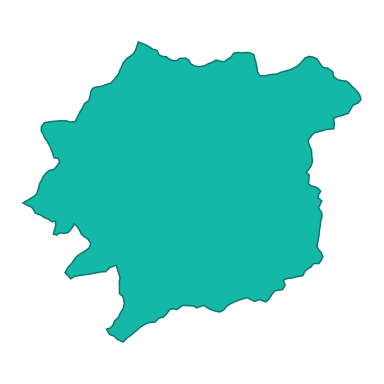 outline of Camanducaia, Minas Gerais, Brazil
{"feature_id": "56859067B71206053362122", "entity_name": "Camanducaia", "entity_type": "district", "adm_level": 2, "iso_a3": "BRA", "parent_name": "Brazil", "parent_adm1": "Minas Gerais", "projection": "albers", "projection_center": [-46.078, -22.797], "detail": "fine", "context": "isolated", "style": "filled", "palette": "teal", "viewbox_px": 384, "rotation_deg": 0, "n_neighbors": 0, "source": "geoboundaries", "source_scale": "gbopen_adm2", "svg_char_len": 3291}
<svg xmlns="http://www.w3.org/2000/svg" viewBox="0 0 384 384"><path d="M216.2,60.0L212.6,62.1L208.5,63.6L204.3,65.9L199.6,66.6L195.1,66.2L190.5,63.6L188.8,60.0L185.4,58.1L180.0,58.4L176.2,60.8L172.5,60.5L168.8,58.8L166.3,56.7L162.9,56.5L159.3,55.2L157.2,50.5L152.2,49.0L149.4,46.9L146.2,45.1L142.4,43.6L138.4,41.9L137.0,45.8L135.6,50.1L133.6,53.5L131.0,55.7L126.9,58.4L123.4,62.7L121.5,67.0L120.0,70.0L118.4,74.1L116.0,77.3L113.4,80.3L110.7,83.3L107.6,84.0L104.5,85.1L100.4,86.6L95.8,87.0L92.6,88.5L90.8,91.8L90.3,95.2L88.8,100.5L84.5,103.6L82.6,107.9L80.0,111.8L77.6,116.7L75.1,121.6L70.7,122.1L66.0,120.8L59.2,120.8L52.8,121.4L44.5,122.6L41.4,126.8L41.2,130.8L43.3,134.3L44.5,137.7L46.8,140.9L49.7,145.7L52.1,151.8L54.2,158.0L58.1,158.2L59.7,161.7L56.4,166.8L53.5,169.6L50.3,170.0L46.6,172.4L43.4,176.3L41.8,179.9L39.9,183.0L38.9,186.5L37.9,190.2L36.5,194.2L33.4,196.8L29.9,198.8L27.1,200.5L23.0,202.9L27.5,205.4L30.8,206.7L33.2,209.1L35.3,213.2L40.8,215.2L44.4,217.5L48.7,219.4L52.0,221.8L55.3,221.2L55.8,225.2L54.7,229.3L53.3,234.1L56.8,235.0L59.9,232.8L64.4,233.4L68.0,232.6L70.3,230.0L72.5,227.4L73.9,224.0L77.3,226.5L79.6,230.3L81.1,233.7L83.7,236.4L87.8,238.9L90.7,243.4L89.3,247.7L86.8,249.8L84.1,251.5L80.4,253.9L76.9,256.2L74.8,258.8L72.0,262.9L67.7,267.7L65.0,272.7L67.4,275.1L70.8,278.8L75.1,276.1L88.9,274.2L93.2,273.4L101.8,271.8L105.7,271.7L109.7,267.7L116.1,265.1L120.1,277.8L119.2,281.7L119.5,286.0L119.4,293.7L123.0,296.7L124.4,303.1L123.3,308.3L120.6,312.6L118.2,317.6L114.5,321.0L113.2,324.6L110.6,327.9L106.6,329.1L109.6,334.5L114.2,336.1L117.2,339.3L123.1,342.1L126.8,338.2L132.0,334.4L140.9,326.7L145.9,323.8L149.0,322.6L155.4,321.9L158.7,318.1L163.0,317.4L166.3,314.4L169.7,309.6L173.6,308.7L176.8,309.7L179.5,307.7L183.2,305.3L193.8,306.0L196.5,307.9L203.6,305.3L209.8,309.2L215.3,311.1L219.8,312.0L224.1,309.6L227.0,306.0L230.8,303.6L236.6,301.0L241.3,299.3L247.0,297.6L251.7,300.0L254.7,301.5L259.4,299.5L265.4,301.9L268.3,299.9L271.9,294.6L274.5,291.1L278.1,290.1L282.5,289.7L285.2,285.1L283.3,280.2L287.4,278.5L292.8,277.8L298.0,276.5L302.9,275.6L304.9,271.3L307.6,269.0L310.7,267.3L313.7,263.5L318.8,263.6L321.4,260.1L322.8,256.6L321.1,252.4L318.7,249.8L316.9,246.3L318.1,240.6L319.0,235.4L319.5,230.3L320.2,225.5L320.9,220.2L322.1,216.1L321.6,212.3L318.5,207.9L320.2,204.6L321.8,200.9L318.0,197.9L318.7,194.2L320.7,191.2L318.0,188.3L314.7,186.6L311.1,185.9L308.4,183.7L309.0,179.1L309.2,174.8L306.3,172.6L309.2,168.7L311.3,165.3L312.5,161.4L311.8,156.5L311.5,150.2L309.4,145.4L308.1,140.7L309.8,137.9L312.4,134.6L315.1,132.5L318.7,131.7L322.5,130.7L326.0,129.5L330.0,129.1L333.9,128.7L334.3,123.1L333.4,118.4L338.2,116.4L341.8,115.6L344.8,114.4L347.9,113.6L350.0,110.4L352.9,105.2L357.5,103.3L361.0,99.7L359.6,94.7L357.3,91.7L355.0,89.1L352.0,86.3L349.6,83.7L346.7,81.2L342.4,80.7L337.9,79.8L333.8,76.9L332.7,71.7L328.1,68.3L323.0,67.4L320.2,63.8L316.9,58.8L313.1,57.1L309.0,56.4L305.2,57.9L302.6,60.8L299.8,64.0L296.9,66.4L293.7,68.1L290.4,69.6L286.9,70.7L283.5,71.5L280.0,72.6L277.1,74.1L272.8,74.3L268.6,75.0L264.0,75.9L259.7,75.8L257.4,71.3L256.9,67.0L255.8,61.9L254.8,58.6L253.8,54.7L249.3,52.6L244.5,52.5L241.2,53.0L237.7,52.4L233.7,53.2L231.2,57.0L227.4,59.3L224.1,61.9L219.8,61.1L216.2,60.0Z" fill="#14b8a6" stroke="#0f766e" stroke-width="1.5"/></svg>